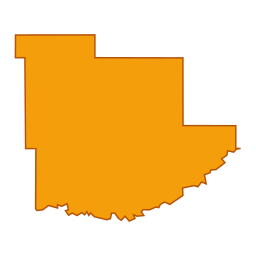 Grant, North Dakota, United States of America
{"feature_id": "52423323B34394260918721", "entity_name": "Grant", "entity_type": "district", "adm_level": 2, "iso_a3": "USA", "parent_name": "United States of America", "parent_adm1": "North Dakota", "projection": "robinson", "projection_center": [-101.561, 46.362], "detail": "fine", "context": "isolated", "style": "filled", "palette": "amber", "viewbox_px": 256, "rotation_deg": 0, "n_neighbors": 0, "source": "geoboundaries", "source_scale": "gbopen_adm2", "svg_char_len": 925}
<svg xmlns="http://www.w3.org/2000/svg" viewBox="0 0 256 256"><path d="M15.4,57.7L24.9,57.7L25.6,148.6L35.9,148.6L35.8,169.1L35.6,208.9L37.1,210.5L42.7,209.8L48.6,205.5L57.6,208.0L57.5,204.7L61.8,206.3L67.1,203.7L68.4,209.8L65.5,210.7L68.6,215.2L72.2,213.1L77.0,215.5L81.9,212.6L84.6,214.8L86.9,211.7L88.8,215.4L90.6,213.0L94.4,216.7L106.8,219.7L110.4,218.6L111.6,213.1L114.9,213.2L118.3,218.2L121.4,220.3L125.0,216.2L129.3,221.1L135.0,218.4L133.5,214.8L137.1,216.2L143.8,215.5L141.3,211.9L142.9,209.7L149.6,209.8L155.9,207.0L158.8,207.6L160.4,204.3L164.7,202.1L169.8,204.4L182.9,195.4L182.6,188.0L194.1,185.6L197.9,186.8L201.5,182.0L206.2,183.9L204.4,174.8L210.1,172.6L210.7,170.0L215.9,169.6L225.0,162.6L221.6,158.8L226.8,155.3L227.6,150.8L233.7,152.1L236.6,149.0L240.6,148.5L235.8,148.3L235.8,125.7L183.0,125.6L182.9,57.9L94.9,57.7L94.9,34.9L15.5,35.0L15.4,57.7Z" fill="#f59e0b" stroke="#b45309" stroke-width="1.5"/></svg>